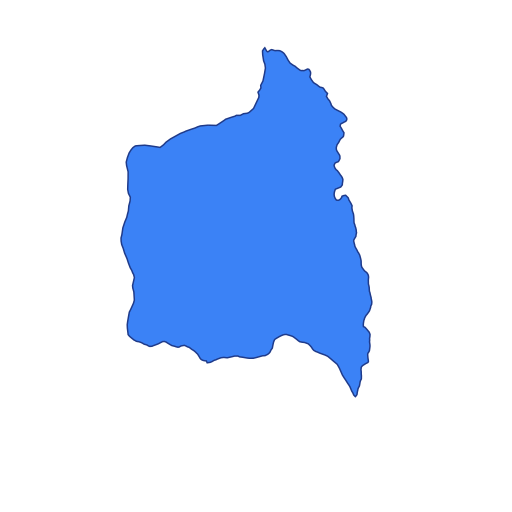 outline of Logchina, Chhukha, Bhutan, rotated 328°
{"feature_id": "84629894B64044446171466", "entity_name": "Logchina", "entity_type": "district", "adm_level": 2, "iso_a3": "BTN", "parent_name": "Bhutan", "parent_adm1": "Chhukha", "projection": "equal_earth", "projection_center": [89.38, 26.957], "detail": "fine", "context": "isolated", "style": "filled", "palette": "blue", "viewbox_px": 512, "rotation_deg": 328, "n_neighbors": 0, "source": "geoboundaries", "source_scale": "gbopen_adm2", "svg_char_len": 6145}
<svg xmlns="http://www.w3.org/2000/svg" viewBox="0 0 512 512"><g transform="rotate(328 256 256)"><path d="M105.9,254.9L106.2,257.1L107.0,259.6L108.1,262.8L108.7,263.6L109.2,264.7L110.0,265.6L111.0,266.4L111.8,267.3L112.6,268.3L113.5,269.7L114.4,271.5L115.9,273.1L116.6,274.1L117.1,275.2L117.9,276.3L119.3,277.1L120.3,277.5L121.4,277.6L123.1,278.0L124.6,278.3L126.6,278.7L128.0,278.8L129.4,278.9L131.5,279.1L133.1,280.0L134.2,281.4L134.8,282.8L136.7,286.5L137.2,287.4L138.0,288.2L139.5,289.8L140.1,290.6L141.5,292.0L142.7,292.5L144.1,292.5L145.2,292.7L147.9,293.8L148.9,295.2L149.8,296.8L150.8,297.9L151.3,299.0L151.8,300.5L152.2,301.4L152.7,302.4L153.3,303.7L153.9,305.7L154.2,307.2L154.5,308.1L154.5,309.9L154.5,311.5L154.4,312.5L154.5,313.9L154.8,315.0L155.8,316.5L156.4,317.1L157.4,318.0L158.3,318.7L158.0,320.7L160.8,321.9L162.5,322.2L165.3,322.3L167.0,322.8L168.3,322.9L172.3,323.7L174.9,324.9L177.7,327.1L182.6,328.8L184.8,329.5L186.4,330.5L187.6,331.2L188.7,332.9L190.7,334.5L194.4,337.8L196.3,339.3L199.6,341.3L202.6,342.3L205.3,343.1L208.7,344.1L210.9,345.3L213.9,345.6L215.9,345.3L217.2,344.8L218.8,343.7L221.0,342.8L223.4,340.2L225.4,338.2L227.4,336.8L228.5,336.6L232.9,336.7L235.0,336.9L237.0,337.2L238.8,337.8L240.2,338.6L241.4,340.0L242.6,341.3L244.1,343.1L244.8,344.2L246.3,348.1L247.0,350.3L247.7,351.9L249.4,353.5L251.4,355.1L253.8,358.2L254.5,361.1L254.7,362.8L254.7,364.8L255.0,366.6L256.1,368.7L257.1,369.9L258.7,372.3L262.1,376.6L263.7,379.1L264.7,382.1L266.1,386.6L266.7,388.4L267.5,391.0L267.4,393.0L267.3,395.1L267.1,396.6L266.2,402.7L266.2,406.4L266.3,409.0L266.3,410.7L266.3,412.8L266.4,414.4L266.4,416.5L266.0,418.9L265.6,421.4L265.6,423.0L265.5,424.2L265.2,425.5L265.7,427.9L266.9,427.6L268.2,427.0L269.8,425.1L271.4,423.5L272.0,422.8L273.1,422.0L274.0,421.5L274.8,421.0L275.5,420.3L277.7,417.8L279.0,416.8L280.2,416.1L281.9,413.5L282.8,411.7L283.6,410.4L284.3,409.1L284.7,408.1L285.4,407.3L286.2,406.2L287.0,405.8L288.0,405.5L289.0,405.4L292.3,405.4L293.1,405.5L294.4,405.6L295.3,405.2L295.9,404.1L296.8,402.0L297.5,400.6L298.5,398.7L299.3,397.8L300.9,397.1L302.0,396.4L303.0,395.2L303.9,394.1L304.7,393.1L305.5,391.8L306.8,388.9L307.6,387.9L308.7,386.0L309.8,384.8L311.1,383.0L311.4,381.8L311.6,380.5L311.4,379.1L311.2,377.4L310.9,375.6L310.6,374.1L309.7,372.8L310.2,371.8L311.0,370.5L312.0,369.3L313.3,367.8L314.5,366.9L315.2,366.2L317.8,364.7L319.2,364.3L321.7,363.3L323.2,362.6L325.9,360.4L326.9,359.2L328.4,358.3L329.5,356.9L330.1,355.9L330.8,354.1L331.1,353.1L331.6,352.2L332.0,350.8L332.6,349.0L333.2,347.4L333.5,346.0L334.4,344.3L335.3,342.7L335.9,341.2L336.5,339.3L337.1,338.3L338.4,336.1L339.5,334.6L340.2,333.7L340.7,332.7L341.1,331.6L341.2,330.2L341.2,329.2L340.7,327.5L340.2,326.3L340.0,324.7L339.9,323.1L339.8,321.5L340.4,319.6L341.3,317.9L342.0,316.8L342.6,315.7L343.1,314.4L343.7,312.6L344.4,310.2L344.5,308.9L344.6,307.8L344.5,306.2L344.7,305.0L344.8,303.7L344.8,302.5L345.0,300.2L345.6,298.7L346.0,297.3L346.8,295.0L347.6,294.1L348.4,293.7L349.3,293.2L351.1,292.3L352.2,290.9L353.6,289.5L354.1,288.2L354.7,287.2L355.2,285.8L355.6,284.6L355.8,283.4L356.3,282.0L356.7,279.9L357.5,278.4L358.7,276.4L359.5,274.9L360.1,273.8L360.9,272.0L361.6,268.9L362.1,267.7L362.8,266.0L364.1,264.3L364.4,261.6L364.5,257.5L364.8,256.5L365.0,255.4L364.2,252.0L363.3,251.6L362.0,251.1L360.5,250.9L359.9,251.6L358.3,252.3L356.8,252.6L355.3,252.4L353.8,251.2L353.7,249.0L354.0,247.1L354.8,245.3L355.6,244.2L356.7,243.0L357.5,242.4L358.5,241.5L359.4,241.5L360.8,241.8L362.7,242.1L364.4,242.4L366.0,241.8L366.9,241.4L367.5,240.5L369.4,238.3L370.3,237.0L370.7,235.0L370.7,233.5L370.5,231.7L370.5,230.0L370.2,226.7L369.7,225.4L369.6,224.2L369.6,223.0L369.8,221.8L370.3,220.4L372.0,219.2L373.1,219.1L375.9,219.6L377.6,218.7L378.8,217.9L380.1,215.7L380.3,214.7L380.3,209.8L380.5,208.5L381.1,207.3L381.7,206.4L383.6,204.7L384.8,204.1L386.1,203.6L388.1,202.4L389.3,201.7L391.2,201.3L392.5,201.2L393.6,200.8L394.3,200.1L395.9,198.1L395.9,196.0L396.0,194.1L396.1,193.0L396.1,190.5L397.5,189.0L398.9,188.9L399.9,189.1L401.4,189.1L402.8,189.3L404.1,189.2L405.2,188.5L405.9,187.4L406.1,186.4L405.9,184.7L405.7,182.4L405.1,180.8L404.2,178.8L402.2,175.5L400.8,173.1L400.4,171.7L400.0,170.1L399.8,168.1L400.2,166.7L400.6,163.6L400.5,162.5L400.2,160.7L400.3,159.5L400.3,158.0L402.8,156.0L402.4,154.6L402.1,152.6L402.1,150.3L401.9,149.0L401.0,147.9L399.8,146.8L399.0,144.9L398.7,143.8L398.0,142.2L397.1,140.5L396.6,139.1L396.5,137.6L396.4,135.6L396.5,134.0L396.6,132.6L397.4,131.9L398.1,131.2L398.8,130.5L399.7,129.0L399.9,126.8L399.7,125.6L398.7,124.7L397.6,124.6L396.4,124.5L394.8,124.2L393.9,123.5L392.7,122.8L391.9,122.0L391.3,120.5L390.4,118.2L389.7,115.8L389.1,114.8L388.5,113.7L387.6,111.6L387.1,110.3L387.0,106.7L387.3,102.9L387.2,101.2L387.2,99.9L387.0,98.6L386.3,96.7L385.3,95.0L384.6,94.2L383.5,93.4L382.4,92.7L381.5,92.3L380.3,91.3L379.5,90.2L378.5,89.2L377.1,89.0L374.8,89.2L374.0,88.9L373.6,87.8L373.7,86.3L373.8,84.1L372.4,84.5L370.2,85.5L368.3,88.9L365.9,94.5L365.2,98.0L363.6,101.6L359.8,105.9L354.6,111.3L350.4,113.8L349.2,116.1L347.1,117.2L344.5,118.1L343.7,121.3L342.4,123.0L337.7,126.0L332.1,129.6L326.2,130.6L324.2,130.3L320.8,128.7L317.2,128.4L313.8,126.3L312.3,126.3L308.6,125.3L302.6,123.9L301.3,124.1L294.1,124.3L291.6,124.3L287.0,121.2L284.4,119.5L277.7,116.2L274.8,115.5L272.4,115.2L271.1,114.9L268.3,114.2L262.5,112.9L261.1,112.8L256.9,112.0L245.5,111.4L240.0,111.8L236.6,112.7L232.2,113.1L229.6,110.8L224.8,106.7L220.4,103.1L215.2,100.3L212.5,98.9L211.4,98.7L209.0,98.9L206.3,99.8L203.0,101.4L199.1,104.4L195.7,107.6L194.2,110.7L192.2,116.8L188.4,122.8L184.9,127.9L182.5,131.5L181.0,135.3L180.6,139.5L178.4,142.6L174.7,146.1L171.6,150.2L169.2,152.4L166.8,154.8L162.8,157.6L158.0,161.6L153.6,166.8L151.1,169.2L149.5,171.9L148.2,175.1L147.4,179.3L146.1,184.0L145.2,190.0L144.1,194.3L143.1,199.4L143.0,202.4L142.5,204.9L142.4,206.9L141.4,209.9L135.6,215.7L134.5,218.0L133.4,221.7L130.2,227.6L129.4,229.0L127.1,231.1L123.4,233.6L120.8,235.3L118.9,236.4L116.6,238.9L114.0,241.8L112.4,243.6L110.4,246.0L108.7,249.0L107.2,252.2L106.4,253.9L105.9,254.9Z" fill="#3b82f6" stroke="#1e3a8a" stroke-width="1.5"/></g></svg>